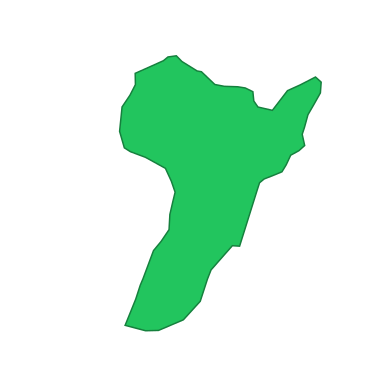 Taebaek-si, Gangwon, South Korea, rotated 198°
{"feature_id": "91817680B55715776787208", "entity_name": "Taebaek-si", "entity_type": "district", "adm_level": 2, "iso_a3": "KOR", "parent_name": "South Korea", "parent_adm1": "Gangwon", "projection": "robinson", "projection_center": [128.966, 37.182], "detail": "fine", "context": "isolated", "style": "filled", "palette": "green", "viewbox_px": 384, "rotation_deg": 198, "n_neighbors": 0, "source": "geoboundaries", "source_scale": "gbopen_adm2", "svg_char_len": 930}
<svg xmlns="http://www.w3.org/2000/svg" viewBox="0 0 384 384"><g transform="rotate(198 192 192)"><path d="M130.0,155.2L130.6,214.3L130.6,221.7L130.0,222.6L127.4,226.7L118.4,234.1L112.7,239.0L110.8,247.0L109.5,257.5L103.1,264.3L99.2,271.0L105.0,280.9L105.0,288.3L105.6,301.3L103.1,313.0L100.5,325.9L103.1,336.4L109.1,339.1L110.1,339.5L122.3,327.2L132.5,317.9L140.8,294.5L155.5,293.2L161.3,297.6L165.1,306.2L173.5,307.4L181.1,306.2L193.9,302.5L203.5,301.3L220.2,309.3L224.6,308.7L241.9,313.0L249.0,316.7L256.6,313.0L259.8,308.0L282.7,287.3L279.0,276.6L280.9,264.9L284.8,251.3L279.6,227.3L270.0,213.1L263.0,211.3L247.0,210.6L224.6,206.3L215.0,195.9L208.0,186.6L207.3,177.4L206.1,163.8L202.2,149.1L206.1,135.5L210.5,124.4L211.8,94.3L212.4,87.5L212.4,72.8L214.4,44.5L193.3,45.7L181.1,50.0L160.7,67.8L150.4,90.6L150.4,114.0L149.8,123.8L142.1,141.7L137.0,153.4L130.0,155.2Z" fill="#22c55e" stroke="#15803d" stroke-width="1.5"/></g></svg>